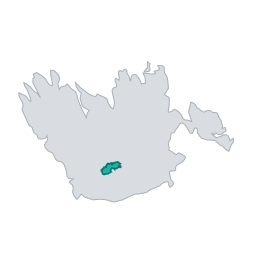 location of Graiguecullen -Portarlington-Lea-6, Laoighis, Ireland, rotated 80°
{"feature_id": "5873133B32465812463029", "entity_name": "Graiguecullen -Portarlington-Lea-6", "entity_type": "district", "adm_level": 2, "iso_a3": "IRL", "parent_name": "Ireland", "parent_adm1": "Laoighis", "projection": "orthographic", "projection_center": [-7.112, 52.984], "detail": "fine", "context": "in_parent", "style": "filled", "palette": "teal", "viewbox_px": 256, "rotation_deg": 80, "n_neighbors": 0, "source": "geoboundaries", "source_scale": "gbopen_adm2", "svg_char_len": 6901}
<svg xmlns="http://www.w3.org/2000/svg" viewBox="0 0 256 256"><g transform="rotate(80 128 128)"><path d="M160.7,40.5L155.9,43.9L155.2,45.2L153.8,50.3L153.7,51.8L150.6,57.6L148.9,58.7L146.3,59.6L144.9,60.6L143.1,60.1L140.8,60.1L139.6,61.1L139.6,61.9L140.3,62.9L144.6,65.6L144.3,66.7L143.1,67.9L135.4,70.9L133.1,72.8L132.3,74.0L133.0,76.1L139.1,82.3L140.2,83.0L141.0,86.7L146.5,88.2L148.7,90.5L150.6,91.1L154.8,90.9L156.4,91.7L157.4,91.1L157.9,89.9L162.6,85.5L161.2,82.2L165.9,76.6L167.2,76.7L169.4,78.4L171.2,80.8L171.8,83.9L173.5,86.8L174.6,87.8L177.6,88.4L178.3,89.5L177.8,93.6L178.3,95.0L185.9,94.8L189.0,93.0L191.6,93.3L193.0,95.1L193.6,97.0L191.3,97.8L188.9,97.4L187.8,98.7L187.7,101.1L188.6,104.2L190.2,106.4L191.5,111.4L192.7,116.9L194.4,120.2L194.8,124.4L194.6,126.4L194.9,130.1L194.2,131.4L194.8,134.8L197.8,145.9L198.5,154.5L197.1,157.8L195.3,160.9L194.1,164.6L193.2,168.5L192.7,174.9L188.7,182.4L186.9,184.3L184.9,185.4L189.4,190.6L185.8,192.9L181.8,193.7L177.4,192.4L174.6,192.6L171.1,195.3L170.4,194.8L168.7,190.6L167.5,195.0L164.9,196.4L160.6,196.1L153.3,197.2L150.5,198.5L149.3,200.4L148.4,202.7L147.3,204.0L146.0,204.7L140.3,206.4L139.2,207.0L136.6,210.7L133.1,212.8L130.2,213.3L127.7,211.2L126.7,209.9L125.6,209.2L121.7,209.2L122.9,209.9L123.7,211.4L124.0,214.3L123.5,217.2L121.6,218.6L119.3,218.8L115.6,221.7L110.8,222.4L108.1,225.0L92.2,229.1L91.3,229.2L89.1,227.9L86.8,227.3L84.4,227.6L77.6,229.9L74.4,229.3L78.8,223.1L84.4,220.1L85.0,219.3L83.2,218.8L72.7,220.6L69.0,222.4L65.3,222.8L67.1,219.9L72.0,216.2L76.1,213.7L77.9,211.4L82.9,209.0L66.9,213.8L62.8,213.0L61.8,211.4L58.6,212.0L57.5,208.3L62.5,202.9L65.4,200.6L68.8,199.4L72.0,197.7L73.3,195.5L71.8,194.7L62.3,194.9L57.8,194.2L58.1,192.4L59.0,190.4L63.9,187.2L66.4,186.8L68.7,187.2L72.6,189.4L78.0,188.9L75.9,186.7L75.6,182.2L74.0,180.7L76.2,178.7L78.8,177.6L83.1,173.4L84.6,172.9L92.8,172.1L101.7,170.1L110.5,167.2L106.0,165.4L103.9,163.1L100.4,167.6L97.9,169.3L90.8,170.0L88.6,169.4L85.5,167.9L84.6,168.4L83.6,169.5L78.9,171.6L74.0,171.9L79.8,168.0L87.2,161.2L88.9,159.1L91.3,155.3L90.7,153.5L89.2,152.5L94.6,144.7L96.5,143.4L99.8,143.2L102.3,142.0L103.3,142.0L104.3,141.6L106.5,139.3L103.2,137.7L99.9,136.8L89.4,137.3L88.1,137.1L86.8,136.3L86.0,135.2L85.5,132.5L84.7,131.9L82.4,131.8L80.0,132.6L78.4,132.4L76.9,131.2L79.5,128.5L76.3,127.7L73.0,128.1L70.2,127.2L70.2,125.5L71.5,123.8L70.0,122.1L69.7,120.0L71.5,119.1L73.4,119.5L77.3,118.1L82.3,117.5L78.1,115.9L76.5,114.5L76.5,112.5L76.9,110.9L81.8,108.2L87.1,107.1L86.8,105.2L87.2,103.2L82.0,102.4L76.7,103.6L77.5,99.8L78.8,96.3L79.2,94.0L79.0,91.5L76.6,92.5L76.4,88.9L75.5,86.5L71.8,88.0L72.1,84.8L73.2,82.7L75.1,81.8L76.9,82.3L80.3,82.4L83.7,80.8L88.5,80.6L96.1,81.3L101.2,86.2L102.5,85.4L104.7,82.5L105.7,82.2L113.6,83.7L118.4,85.5L119.7,85.0L119.1,81.7L117.5,79.3L119.6,76.4L122.2,74.4L124.0,73.4L127.9,72.3L129.7,71.1L130.9,67.3L132.8,64.1L122.8,65.6L113.5,61.6L115.1,59.0L117.1,57.5L120.5,56.4L120.9,55.0L122.6,53.9L125.5,50.9L124.6,46.8L125.2,43.9L127.3,42.1L127.9,39.4L128.9,37.4L133.0,36.7L137.0,34.9L143.1,34.7L144.7,35.5L144.4,32.2L147.3,31.8L148.4,32.4L148.9,34.8L150.2,36.3L150.5,38.9L149.6,40.9L148.2,42.4L149.5,44.0L147.4,46.8L149.7,45.6L152.9,42.9L152.7,40.6L152.2,37.7L151.3,35.1L151.7,32.2L153.5,30.5L158.3,29.6L156.3,26.3L158.1,26.1L159.9,26.7L162.7,29.3L168.5,32.8L165.6,36.0L162.1,38.1L160.7,40.5ZM75.8,101.0L75.6,102.5L73.4,100.5L72.3,98.4L66.1,97.2L68.8,95.2L70.0,95.9L74.5,96.2L75.7,97.1L75.8,101.0Z" fill="#d9dde1" stroke="#a8b0b8" stroke-width="1"/><path d="M159.7,145.0L159.4,145.7L159.7,145.9L159.7,146.1L159.7,146.4L160.0,146.5L160.1,146.8L160.0,147.1L160.4,147.3L160.3,147.5L160.4,147.9L160.4,148.0L160.4,148.5L160.2,148.6L159.8,148.7L159.9,148.8L160.0,149.1L159.9,149.3L160.1,149.2L160.2,149.3L160.4,149.5L160.5,149.5L160.8,149.4L161.0,149.3L161.2,149.5L161.0,149.8L160.9,149.9L160.9,150.0L161.0,150.1L161.1,150.3L160.8,150.4L160.7,150.4L160.6,150.5L160.2,150.6L160.3,150.8L160.2,150.9L160.3,150.9L160.2,151.0L159.9,151.3L159.8,151.6L159.8,151.8L159.9,152.3L160.0,152.5L160.3,152.7L160.3,152.8L160.4,153.0L160.4,153.3L160.2,153.3L159.4,153.6L159.3,154.0L159.6,154.2L159.5,154.3L159.6,154.6L159.8,154.8L160.0,154.7L160.2,155.0L160.3,155.1L160.4,155.3L160.6,155.4L160.7,155.5L160.7,155.4L160.8,155.4L160.9,155.5L161.2,155.5L161.4,155.8L161.6,155.9L161.7,156.0L161.9,156.1L162.1,156.0L162.4,156.1L162.4,156.3L162.5,156.3L162.4,156.4L162.4,156.5L162.3,156.8L162.3,157.0L162.2,157.0L162.3,157.2L162.3,157.3L162.4,157.6L162.4,157.8L162.5,157.7L162.7,157.4L162.8,157.5L163.1,157.9L163.1,158.0L163.1,158.3L163.1,158.5L163.0,158.9L163.0,159.0L163.3,159.2L163.4,159.3L163.4,159.5L163.5,159.7L163.6,159.9L163.6,160.0L163.8,160.3L163.8,160.2L164.0,160.2L164.4,160.1L164.6,160.4L164.7,160.6L164.9,160.7L165.1,160.7L165.2,160.8L165.3,160.8L165.3,161.1L165.6,161.6L165.6,161.8L165.9,161.8L166.2,161.6L166.2,161.3L166.3,161.2L166.2,161.1L166.3,161.1L166.9,161.0L167.2,161.1L167.4,161.0L167.8,161.1L168.0,161.0L168.4,161.0L168.5,161.0L168.8,160.9L169.0,160.8L169.1,160.7L169.3,160.4L169.5,160.1L169.4,159.7L169.3,159.4L169.7,159.2L169.6,158.7L169.5,158.3L169.6,158.2L169.6,157.7L169.4,157.4L169.5,157.3L169.4,157.1L169.4,156.9L169.3,156.7L169.4,156.4L169.5,156.3L169.6,156.2L169.5,155.9L169.6,155.6L169.6,155.4L169.5,155.1L169.3,154.8L169.2,154.7L169.1,154.3L169.0,154.2L169.0,153.9L169.0,153.7L168.8,153.6L168.7,153.4L168.5,153.1L168.5,152.9L168.5,152.7L168.4,152.4L168.2,152.3L168.2,152.1L167.9,152.3L167.5,152.4L167.3,152.5L167.1,152.6L166.9,152.7L166.8,152.4L167.0,152.3L166.8,152.3L166.6,152.2L166.4,152.1L166.2,152.1L165.9,152.0L165.7,152.1L165.7,151.9L165.4,151.8L165.3,151.4L165.1,151.3L165.0,151.1L164.9,151.1L164.7,151.0L164.7,150.9L164.6,150.7L164.8,150.4L164.8,150.2L165.1,150.0L165.3,149.8L165.3,149.4L165.2,149.3L165.4,149.1L165.5,149.0L166.0,148.7L165.9,148.7L165.8,148.8L165.6,148.6L165.7,148.4L165.6,148.2L165.8,148.1L166.0,148.0L166.0,147.8L166.0,147.7L165.8,147.5L165.8,147.4L166.0,147.3L166.1,147.1L166.0,146.8L166.0,146.7L165.9,146.7L165.9,146.4L165.8,146.2L165.8,145.7L165.7,145.5L165.6,145.4L165.4,145.2L165.3,145.3L165.2,145.3L165.2,145.2L165.1,144.9L165.0,144.7L164.8,144.3L164.9,144.2L164.7,144.1L164.6,143.9L164.4,143.8L164.2,143.8L164.4,143.6L164.5,143.5L164.6,143.0L164.6,142.9L164.4,142.8L164.3,142.7L164.5,142.5L164.8,142.6L164.9,142.8L165.0,142.8L165.1,143.0L165.3,143.0L165.3,142.9L165.3,142.7L165.5,142.5L165.5,142.4L165.5,142.2L165.4,142.0L165.2,141.9L164.8,141.8L164.7,141.9L164.4,141.8L164.2,142.0L164.0,142.3L163.9,142.6L163.6,142.6L163.1,142.5L162.8,142.7L162.7,142.7L162.4,142.6L162.2,142.6L161.9,142.4L161.9,142.2L162.0,142.2L161.9,142.1L161.8,141.7L161.4,142.1L161.4,142.4L161.3,142.5L161.2,142.7L160.9,142.9L160.7,143.0L160.4,143.0L160.2,143.2L160.2,143.3L160.0,143.6L159.8,143.6L159.5,144.0L159.8,144.4L160.0,144.4L160.1,144.5L159.8,144.9L159.7,145.0Z" fill="#14b8a6" stroke="#0f766e" stroke-width="1.5"/></g></svg>